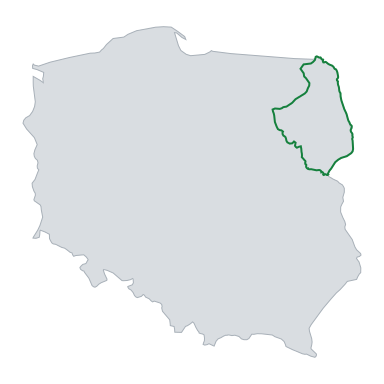 Podlachian highlighted on a map of Poland
{"feature_id": "POL-3150", "entity_name": "Podlachian", "entity_type": "Voivodeship", "adm_level": 1, "iso_a3": "POL", "parent_name": "Poland", "parent_adm1": "", "projection": "albers", "projection_center": [22.977, 53.341], "detail": "fine", "context": "in_parent", "style": "outline", "palette": "green", "viewbox_px": 384, "rotation_deg": 0, "n_neighbors": 0, "source": "natural_earth", "source_scale": "10m", "svg_char_len": 5955}
<svg xmlns="http://www.w3.org/2000/svg" viewBox="0 0 384 384"><path d="M342.9,217.7L344.8,221.5L345.6,224.5L344.8,226.9L345.1,229.3L352.2,239.5L354.9,246.9L356.6,249.8L360.6,253.5L361.0,255.1L359.4,256.5L357.1,257.1L356.5,258.5L359.0,261.9L360.8,267.8L360.7,272.7L359.4,273.9L357.7,276.8L356.6,279.4L347.3,281.4L345.1,284.2L340.0,289.7L336.5,292.8L331.4,298.5L323.2,308.2L311.2,324.6L309.1,328.3L309.5,331.4L311.7,338.7L312.1,342.0L311.7,345.0L311.0,347.7L311.1,348.9L316.3,353.9L316.5,354.9L316.0,356.3L314.9,357.3L310.9,356.2L306.5,354.1L304.9,354.3L302.5,353.8L292.6,349.7L286.0,346.5L285.4,344.5L284.1,341.5L281.3,339.0L274.9,336.7L272.3,335.0L261.7,333.8L257.2,333.7L253.9,334.3L251.8,334.2L248.9,338.5L246.9,339.7L244.0,339.7L241.5,338.9L239.0,336.5L234.9,335.2L231.9,335.6L229.7,335.1L227.9,334.9L227.2,335.3L225.7,335.2L223.4,336.2L220.9,337.7L218.2,338.8L216.1,341.2L214.1,346.1L209.0,343.7L207.2,344.6L204.7,345.1L203.1,344.4L203.6,342.7L204.4,340.8L204.5,338.1L204.1,335.0L202.6,334.0L200.2,333.5L199.0,332.9L198.9,331.9L197.7,330.6L195.8,327.2L194.0,323.2L192.6,321.9L190.5,323.7L187.4,325.7L185.5,326.4L181.5,332.4L174.8,332.2L174.6,329.3L174.1,326.5L170.3,325.6L170.2,323.9L169.7,319.8L162.5,311.3L161.7,307.9L162.1,306.6L161.7,304.4L160.1,303.0L154.2,301.1L152.6,301.9L151.2,300.9L149.2,298.8L145.5,297.0L145.1,296.2L143.8,294.7L143.1,294.5L142.5,295.3L141.3,296.4L137.3,297.6L135.8,296.9L134.5,295.5L133.1,292.5L130.9,289.9L129.0,288.9L128.0,287.5L127.8,286.5L132.3,284.8L133.4,282.8L133.1,279.0L132.5,278.5L130.7,279.6L127.0,280.5L123.7,280.7L122.0,280.6L113.2,273.0L107.3,270.4L103.7,269.5L103.3,270.1L104.6,274.1L107.0,279.1L106.8,280.4L101.2,282.7L98.8,284.2L96.7,286.3L95.0,287.2L93.6,286.8L92.1,285.6L88.9,278.2L84.5,272.3L84.0,271.1L82.5,270.7L80.5,269.2L79.9,267.5L81.2,265.9L82.8,264.4L85.5,263.7L86.4,262.9L87.0,261.5L88.1,259.8L87.9,259.2L86.3,257.0L83.7,254.8L75.9,255.5L73.7,256.3L72.7,254.9L72.0,252.9L70.1,252.3L67.6,250.3L64.7,248.2L61.7,247.4L55.6,244.3L53.2,243.9L51.8,242.9L50.6,240.8L49.5,238.6L49.4,234.3L44.9,231.9L40.4,230.2L40.0,230.8L39.7,235.0L39.2,237.3L36.0,238.3L33.0,238.1L33.2,237.4L37.7,230.2L39.9,225.6L42.7,217.1L41.3,209.9L41.0,206.6L40.2,204.9L34.3,200.8L33.9,199.6L35.4,195.2L35.2,193.2L33.9,191.0L32.4,186.7L32.1,183.2L35.0,179.5L37.6,172.7L38.8,169.9L37.4,168.2L37.2,165.9L38.0,162.8L37.4,160.3L35.4,158.5L34.3,156.3L33.9,153.7L34.9,149.8L37.2,144.6L34.4,137.7L26.6,129.0L23.0,123.2L23.8,120.2L25.9,117.7L29.6,115.6L32.6,111.5L34.6,106.5L35.3,101.8L33.3,86.2L33.2,82.3L33.2,76.4L40.3,80.5L43.3,82.7L43.1,80.6L42.7,78.8L43.4,76.3L43.7,72.4L37.1,69.6L32.7,68.4L32.5,65.7L33.2,64.0L34.3,65.1L38.6,66.1L50.1,62.2L69.5,57.5L90.1,53.2L94.8,53.0L99.6,52.1L101.6,49.9L103.4,48.5L106.5,44.5L113.1,38.5L123.8,37.1L128.0,34.3L136.6,30.7L155.6,27.2L163.5,26.7L171.2,27.1L177.7,31.4L184.7,36.6L185.8,39.5L182.0,37.5L176.6,32.9L174.5,32.6L178.5,45.8L180.9,50.5L186.2,54.3L190.6,55.7L204.8,54.4L209.9,51.9L211.4,50.6L212.7,51.3L230.9,53.6L294.7,58.6L313.1,59.3L314.2,58.9L316.1,56.7L318.3,57.0L321.0,58.4L322.3,59.4L322.8,60.5L323.2,61.9L324.7,62.1L327.4,63.1L331.0,65.4L333.9,67.6L336.7,70.8L337.6,74.4L337.7,78.5L337.5,81.1L341.7,101.2L348.2,119.5L350.7,128.4L351.7,133.1L352.5,140.0L352.8,144.8L352.8,147.5L352.4,151.2L350.5,153.4L338.2,159.9L335.8,161.9L332.2,166.8L328.8,171.9L328.0,173.6L327.8,174.7L328.6,176.4L333.1,179.1L337.6,181.2L339.1,182.9L342.4,184.9L343.6,186.8L344.3,188.4L344.3,192.2L342.8,197.4L343.5,201.3L342.0,204.0L340.7,206.9L340.6,212.0L342.9,217.7Z" fill="#d9dde1" stroke="#a8b0b8" stroke-width="1"/><path d="M316.5,56.4L317.2,56.5L319.2,57.6L319.5,57.6L320.3,57.4L320.6,57.5L320.9,57.9L321.1,58.3L321.3,58.8L321.5,59.1L321.8,59.4L323.0,59.5L323.2,59.8L323.0,60.3L322.9,61.0L322.9,61.6L323.4,62.4L324.2,62.4L325.0,62.0L325.6,61.9L326.2,62.2L328.2,63.9L329.5,64.6L332.1,65.6L332.8,66.2L333.4,66.7L333.7,67.2L334.3,68.3L334.6,68.8L335.0,69.0L335.7,69.2L336.0,69.4L336.5,70.2L337.0,71.3L337.4,72.5L337.6,73.7L338.1,76.3L338.1,77.6L337.6,78.5L337.2,78.8L337.1,79.0L336.9,79.3L336.9,79.9L337.0,80.4L337.3,80.8L337.7,81.1L337.9,81.3L338.0,81.6L337.9,81.9L337.8,82.2L337.9,83.9L338.2,85.2L338.7,86.5L339.0,87.9L339.3,90.9L339.7,92.0L340.5,93.2L340.6,96.6L341.4,100.5L344.3,109.2L345.9,112.5L346.6,114.2L348.0,119.5L348.6,121.1L349.2,121.9L349.6,122.7L349.8,123.5L350.3,124.4L350.9,125.0L351.4,125.5L351.8,126.1L351.7,127.5L351.5,128.3L351.1,129.0L350.7,129.8L350.7,130.8L351.0,131.8L352.0,133.1L352.4,133.9L352.5,134.3L352.4,135.0L352.4,135.4L352.7,136.9L352.8,137.4L352.7,137.7L352.3,138.5L352.2,138.9L352.3,139.5L352.4,139.9L352.5,140.1L352.6,140.6L353.0,147.3L353.1,149.0L352.6,151.4L351.3,153.1L346.8,156.2L341.2,157.9L338.2,159.7L335.2,162.2L331.1,168.7L329.7,170.3L329.1,171.3L327.5,174.6L327.9,174.8L327.6,175.0L327.0,175.0L325.9,174.4L325.3,174.2L324.8,174.4L324.3,174.8L323.7,175.0L323.2,174.6L323.3,174.4L323.4,173.8L323.6,173.5L322.7,172.3L322.0,171.9L321.3,172.3L321.0,171.0L320.2,170.3L319.2,170.0L316.5,170.3L311.2,169.2L309.4,169.3L308.6,169.1L308.2,168.4L307.6,168.7L306.9,168.1L306.3,167.3L306.1,166.7L306.3,164.9L306.2,164.6L305.8,164.5L305.5,164.3L305.3,163.8L305.2,163.1L305.2,162.6L305.4,162.1L305.5,161.7L305.4,161.1L305.2,160.8L304.4,160.1L303.7,159.2L301.8,157.1L302.0,155.9L301.9,153.8L301.5,151.8L301.3,148.9L300.8,146.3L298.8,146.8L296.9,147.7L295.9,147.0L295.0,145.8L295.6,142.7L294.0,141.5L292.3,143.3L289.7,143.6L287.3,142.3L286.4,140.7L286.0,138.6L285.5,137.2L284.7,136.4L283.4,135.6L282.6,134.1L282.5,132.6L283.0,131.6L281.5,130.4L279.7,130.1L277.9,129.1L276.7,126.7L274.9,122.0L274.2,115.5L273.7,113.3L273.0,111.5L272.6,109.5L275.0,108.5L279.8,108.9L281.9,108.2L282.9,107.4L284.0,107.0L286.5,106.6L292.2,102.8L295.5,99.2L304.8,93.5L306.7,91.5L307.9,88.2L309.2,85.7L309.4,83.1L305.9,78.1L304.2,76.5L303.9,74.9L303.7,73.3L300.5,68.8L303.6,64.4L310.9,63.5L313.0,62.0L314.9,60.0L315.7,57.3L315.7,56.9L316.5,56.4Z" fill="none" stroke="#15803d" stroke-width="2"/></svg>